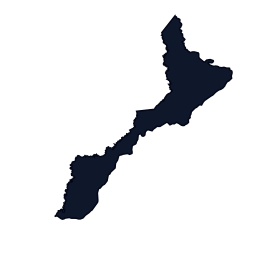 Puerto Wilches, Santander, Colombia (orthographic projection), rotated 223°
{"feature_id": "7082276B91247844433249", "entity_name": "Puerto Wilches", "entity_type": "district", "adm_level": 2, "iso_a3": "COL", "parent_name": "Colombia", "parent_adm1": "Santander", "projection": "orthographic", "projection_center": [-73.726, 7.663], "detail": "fine", "context": "isolated", "style": "filled", "palette": "ink", "viewbox_px": 256, "rotation_deg": 223, "n_neighbors": 0, "source": "geoboundaries", "source_scale": "gbopen_adm2", "svg_char_len": 5939}
<svg xmlns="http://www.w3.org/2000/svg" viewBox="0 0 256 256"><g transform="rotate(223 128 128)"><path d="M88.4,213.8L87.6,217.7L86.5,219.7L85.9,222.1L86.0,224.9L86.4,225.7L87.0,228.8L86.9,230.2L86.4,231.0L86.1,235.0L88.0,236.5L89.2,238.8L90.0,239.8L90.9,240.4L93.4,239.9L94.4,240.9L94.8,240.8L96.6,239.1L99.2,237.8L100.6,236.0L102.6,234.5L103.6,234.5L104.6,234.1L106.1,233.1L107.1,231.8L108.9,230.7L111.1,229.9L113.0,230.0L113.6,230.2L113.8,230.7L113.4,231.3L111.5,232.5L110.8,233.6L111.1,235.1L111.7,235.4L114.4,234.2L115.0,233.6L116.8,231.2L116.8,228.8L117.6,228.0L123.3,227.6L124.6,228.1L126.9,230.5L127.9,230.8L131.3,228.9L132.7,227.6L134.1,225.4L135.1,225.5L136.1,225.2L138.5,225.5L139.8,224.6L140.8,225.8L142.7,226.2L143.7,227.0L144.6,227.2L144.6,227.9L144.9,228.2L146.3,227.7L146.9,227.8L147.1,228.4L146.6,229.6L146.9,231.6L149.9,231.7L152.2,233.8L154.0,233.6L154.6,234.2L154.8,235.3L155.4,235.8L157.0,235.3L157.8,235.5L158.3,236.6L158.3,237.8L159.1,240.0L160.0,240.7L162.4,240.7L163.8,242.5L164.5,242.7L166.3,242.1L167.4,241.3L168.3,242.2L169.7,241.9L170.1,242.1L168.3,220.8L166.7,220.0L166.7,218.8L166.0,219.0L165.2,218.7L164.7,217.7L163.5,216.9L161.5,216.6L161.2,215.6L160.6,215.3L160.3,214.7L159.6,214.7L159.1,215.2L158.1,214.8L156.7,215.2L155.8,214.5L154.3,214.0L154.9,213.1L154.4,212.4L153.5,212.6L154.1,212.1L153.7,211.8L153.1,212.2L152.5,211.7L152.2,212.5L151.5,212.4L151.2,212.1L151.7,211.5L150.4,210.0L150.6,208.8L150.9,208.7L150.7,208.2L151.0,208.1L151.2,206.6L150.7,206.9L150.2,206.5L150.5,205.5L151.4,204.5L149.9,203.9L149.2,204.3L148.5,202.9L146.4,201.3L146.1,199.5L145.3,198.7L145.0,198.6L144.7,199.3L144.1,199.8L144.2,199.1L143.2,198.9L142.5,199.1L142.0,199.7L141.5,199.5L141.5,199.8L140.2,199.9L139.4,199.3L139.3,198.7L137.9,198.2L137.6,197.7L137.8,197.1L138.2,197.4L138.7,197.1L138.5,196.5L138.7,195.8L138.3,194.7L137.8,194.5L137.9,193.9L137.2,193.6L136.1,193.7L135.2,192.3L133.8,191.7L133.2,191.0L132.2,190.8L132.3,190.5L131.5,190.9L131.2,190.6L129.9,190.9L129.0,190.4L128.9,190.7L128.4,190.6L128.2,190.1L127.4,189.9L127.3,189.2L127.0,189.3L127.4,188.7L127.2,188.8L127.1,188.1L127.3,187.6L126.0,187.6L125.3,186.9L125.2,186.1L123.9,185.7L123.7,185.2L122.2,185.8L121.9,185.2L121.4,185.4L121.0,185.2L121.1,183.8L120.8,182.8L121.8,180.4L122.1,178.8L121.6,175.4L120.9,173.5L121.1,173.1L120.9,172.8L121.5,172.5L121.3,171.6L120.7,171.5L121.4,170.7L121.6,170.0L121.4,169.6L121.8,169.1L121.4,168.6L121.7,167.6L121.6,165.7L122.1,163.7L121.8,161.1L121.3,159.8L133.1,146.1L131.5,145.2L130.2,143.4L129.7,143.5L129.8,142.8L128.6,142.1L128.5,141.3L129.1,140.4L128.4,139.3L128.7,138.7L128.2,138.3L128.0,137.5L128.3,137.4L127.3,136.6L127.4,136.4L126.7,135.1L124.8,134.4L124.9,134.2L124.4,134.2L124.1,133.7L124.0,134.0L123.6,133.9L124.0,132.9L123.9,131.5L125.2,127.7L124.4,127.6L123.6,126.9L123.1,125.7L123.8,124.9L123.8,123.3L124.4,123.3L124.7,123.1L124.4,122.8L124.8,122.7L124.6,122.4L124.3,122.5L123.9,121.9L124.3,121.7L124.2,120.7L124.8,120.3L124.4,118.4L125.6,117.5L125.9,116.7L124.7,115.5L124.8,114.8L125.6,113.9L125.6,113.5L124.9,113.1L124.8,112.5L125.8,112.1L126.2,111.4L125.7,110.2L126.2,109.3L125.5,108.7L125.3,107.9L126.5,107.1L125.1,107.0L125.5,105.4L125.2,105.1L124.5,105.2L124.3,104.9L124.5,104.4L125.5,104.4L125.6,103.6L125.1,103.2L123.9,103.2L125.1,102.8L124.3,102.4L124.9,101.6L125.9,101.3L127.1,101.7L127.6,101.0L128.5,100.5L129.3,100.9L130.0,99.3L130.0,98.6L129.3,98.5L128.8,98.0L129.1,96.3L128.1,95.9L127.9,94.8L126.9,94.7L126.9,93.8L126.5,92.9L126.9,92.0L126.8,90.7L127.5,90.1L128.5,88.2L130.3,87.4L131.5,87.4L131.6,86.4L133.1,87.1L133.1,86.5L134.0,85.7L133.1,85.0L133.7,84.4L133.0,83.8L134.1,83.6L134.5,84.1L134.5,82.7L136.2,81.7L136.6,80.4L138.7,79.8L139.1,78.8L139.6,78.9L139.5,78.1L140.6,78.3L140.5,77.3L141.3,75.4L142.8,74.5L144.6,74.3L145.7,73.7L145.8,73.0L145.0,71.1L145.2,70.8L145.8,70.8L145.5,69.9L144.1,68.3L144.2,66.9L144.9,66.2L145.4,65.1L144.5,63.1L144.9,61.7L144.4,61.4L142.7,62.1L142.3,60.6L142.9,60.0L142.9,59.3L142.1,59.5L141.7,59.1L141.1,59.7L139.6,59.5L139.5,58.2L138.2,57.5L138.1,55.9L136.9,55.0L135.2,55.8L133.3,55.4L133.3,54.8L133.9,54.1L133.6,52.9L134.3,51.7L133.7,51.3L132.6,51.5L132.3,51.1L133.2,50.4L134.4,50.3L133.8,49.6L132.7,50.0L132.5,49.8L134.0,48.4L134.0,47.4L132.9,46.1L133.0,45.7L134.0,45.6L133.9,45.3L132.6,44.2L131.9,43.0L130.2,42.1L130.2,41.2L131.3,40.5L131.0,39.4L130.7,39.2L129.3,39.3L128.3,37.8L127.2,37.2L127.1,36.7L127.6,36.4L128.9,36.4L128.8,35.5L128.2,35.1L127.4,35.5L127.5,34.3L126.9,33.5L125.6,33.6L125.1,32.9L124.1,33.0L123.7,32.6L123.7,31.3L122.6,30.2L123.6,29.5L122.4,28.8L122.3,27.6L121.2,27.0L121.1,26.4L121.6,25.8L121.0,25.3L120.2,25.3L119.9,24.2L119.1,24.8L118.5,24.9L118.4,24.2L117.4,23.3L117.5,22.6L118.2,22.1L118.8,22.3L119.5,23.1L121.1,23.2L121.5,22.5L121.2,21.1L122.5,20.0L121.6,18.6L121.8,17.4L121.1,15.5L121.2,13.3L120.5,14.8L119.1,15.6L114.9,16.1L113.7,16.7L112.9,17.9L112.5,19.3L109.8,22.6L108.1,23.3L104.3,26.7L102.1,27.8L100.8,29.1L99.6,31.6L99.7,35.1L98.8,39.6L98.8,42.2L98.4,43.3L99.5,52.1L99.8,53.3L100.8,54.6L106.1,59.6L107.9,63.0L108.0,64.0L107.4,65.1L107.6,68.6L106.9,70.8L107.0,72.5L107.3,75.1L110.3,79.9L110.4,80.8L110.0,82.0L110.6,84.0L110.2,89.9L113.1,93.7L113.8,97.4L115.8,101.3L115.8,102.1L114.3,104.2L114.0,105.2L111.0,109.0L108.8,109.9L107.8,112.1L108.6,113.2L110.5,114.6L112.7,117.7L112.7,118.7L111.7,121.2L111.6,122.0L112.5,123.7L113.2,126.4L115.9,130.0L115.4,131.9L114.5,132.4L112.5,131.8L111.8,132.0L111.0,132.8L110.9,134.3L112.5,136.6L112.9,139.1L111.9,140.6L108.5,142.4L108.7,144.5L108.1,147.4L108.1,148.8L105.7,151.0L103.7,158.5L102.6,159.1L99.6,158.9L99.1,159.6L98.8,161.1L97.0,162.7L96.5,164.9L96.1,165.3L94.1,166.0L90.8,166.5L89.4,167.3L88.6,168.3L88.5,169.6L87.8,171.2L87.6,173.3L89.5,175.2L89.8,176.1L89.6,177.9L91.0,179.1L91.4,180.8L92.8,183.1L92.6,188.5L92.0,189.9L91.8,192.7L91.5,193.9L89.9,195.0L90.7,198.1L90.8,200.3L89.2,207.7L88.5,210.0L88.4,213.8Z" fill="#0f172a" stroke="#020617" stroke-width="1.5"/></g></svg>